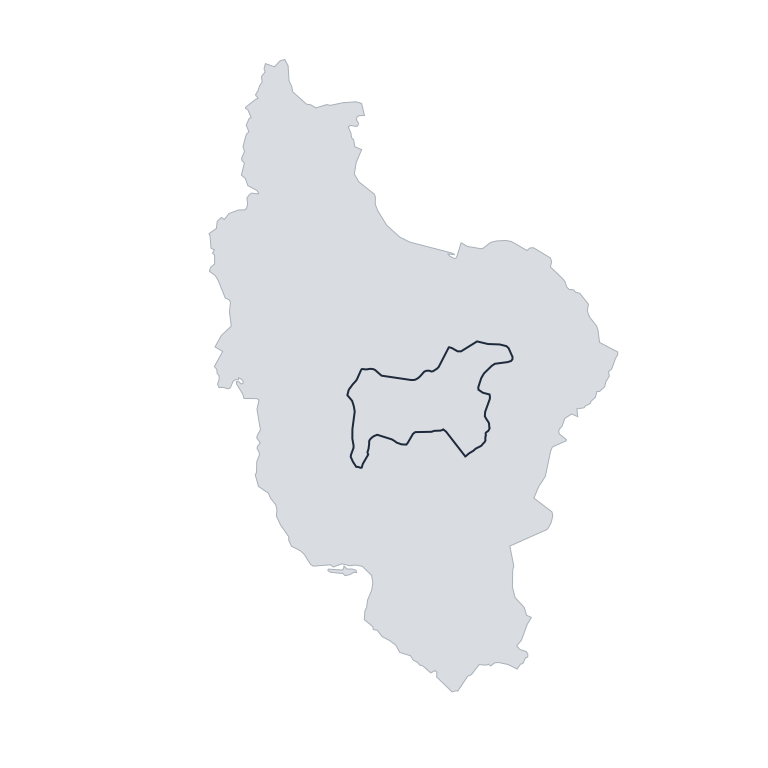 where Yazd sits in Iran, rotated 28°
{"feature_id": "IRN-3217", "entity_name": "Yazd", "entity_type": "Province", "adm_level": 1, "iso_a3": "IRN", "parent_name": "Iran", "parent_adm1": "", "projection": "natural_earth1", "projection_center": [55.694, 32.497], "detail": "fine", "context": "in_parent", "style": "outline", "palette": "slate", "viewbox_px": 768, "rotation_deg": 28, "n_neighbors": 0, "source": "natural_earth", "source_scale": "10m", "svg_char_len": 5304}
<svg xmlns="http://www.w3.org/2000/svg" viewBox="0 0 768 768"><g transform="rotate(28 384 384)"><path d="M385.8,223.1L393.1,223.4L406.4,218.9L407.6,217.9L411.7,208.9L416.3,204.8L424.3,200.0L429.5,198.4L447.6,199.0L449.0,195.4L452.0,193.5L471.7,194.6L474.7,197.4L475.9,202.5L492.4,207.2L495.7,208.7L499.8,212.6L503.1,213.6L507.3,211.8L510.0,213.0L514.3,212.0L527.1,217.6L528.9,223.4L531.2,226.0L534.1,228.4L544.3,232.9L547.3,235.5L554.8,246.1L575.3,246.0L576.6,248.3L576.4,252.8L578.0,263.7L576.5,267.7L579.2,271.3L578.9,278.1L580.1,282.8L577.8,289.4L575.5,290.7L576.9,296.6L574.9,302.2L575.2,304.4L572.0,309.1L571.9,311.0L566.0,315.4L570.4,321.9L563.9,322.3L559.8,329.3L561.0,337.5L560.0,341.8L560.7,344.2L562.4,345.8L571.2,347.5L571.5,348.6L562.2,360.6L562.7,365.3L569.8,389.7L568.8,401.9L569.9,414.4L592.4,418.1L595.0,421.3L596.7,428.3L596.7,433.5L596.1,436.1L571.2,468.0L584.2,484.0L584.8,487.5L592.7,503.0L600.1,511.1L612.6,515.4L618.5,521.3L623.7,521.0L623.3,528.9L625.6,545.5L624.1,553.0L628.5,554.6L635.3,553.5L637.8,554.9L639.1,557.7L637.5,559.2L637.8,565.7L636.1,567.1L635.4,573.2L625.3,573.4L615.9,576.1L612.5,578.4L610.6,582.8L607.5,582.4L606.5,584.1L599.8,587.1L597.6,599.6L595.1,602.7L593.3,620.6L591.8,620.9L588.6,623.9L568.1,618.0L566.0,613.7L563.8,613.0L560.9,617.1L550.6,614.7L547.1,615.4L545.0,614.1L539.5,614.1L535.1,611.5L523.9,613.6L517.1,609.1L509.8,607.9L500.9,607.9L493.6,604.6L489.8,605.9L488.0,603.5L477.2,601.3L473.7,593.3L473.5,589.3L470.9,582.3L470.0,572.2L467.5,564.8L462.9,558.8L450.5,555.2L444.0,557.1L439.2,560.5L431.3,562.5L425.2,569.3L421.6,568.8L407.1,578.0L404.0,577.8L393.2,571.7L388.3,570.5L378.5,570.7L373.1,566.6L371.7,563.6L358.9,557.1L351.0,551.1L348.7,545.6L345.2,541.5L337.6,538.2L333.2,534.7L321.3,533.4L313.0,524.7L312.9,521.8L308.1,512.2L307.3,505.2L306.2,503.3L302.1,500.4L301.5,498.6L302.4,494.1L297.0,491.4L296.3,489.2L296.4,482.4L283.7,466.0L281.2,456.9L278.8,456.5L267.2,462.5L263.9,459.1L253.9,453.3L252.5,451.2L255.1,450.1L257.6,451.1L259.1,449.9L258.6,447.9L256.0,446.7L252.6,446.8L253.5,448.6L250.2,450.4L249.5,452.7L250.1,459.4L248.8,461.4L243.4,462.5L240.0,464.6L237.1,462.2L236.2,457.2L234.4,454.1L231.6,452.9L229.6,449.7L226.0,448.1L226.3,431.0L217.4,430.6L217.6,417.5L222.0,404.6L213.7,392.9L210.1,384.0L207.9,382.3L203.5,382.6L189.1,370.5L184.0,367.4L177.0,366.5L176.2,362.3L178.1,357.6L174.9,351.5L173.9,349.7L171.1,349.0L171.3,345.1L167.6,345.4L160.8,334.8L158.9,333.3L163.0,325.3L160.4,318.8L162.2,313.3L165.8,313.6L167.1,306.2L173.8,298.7L179.5,295.5L180.1,293.2L179.1,289.1L175.6,284.1L176.3,279.8L177.5,277.6L183.5,275.3L183.8,274.4L181.0,272.8L170.7,272.8L165.2,267.7L160.0,266.5L157.2,255.3L156.3,254.0L153.8,253.6L152.3,251.5L151.7,244.1L148.2,240.8L145.5,229.9L145.4,227.2L146.4,224.8L140.8,220.1L140.3,212.8L141.6,211.1L135.1,205.8L132.2,205.6L131.9,204.7L136.8,193.4L138.7,190.8L134.8,189.1L135.0,183.5L134.1,178.8L134.6,174.4L132.1,171.2L131.5,169.3L132.6,164.4L130.1,162.0L128.9,156.8L138.4,155.3L140.5,147.4L144.0,144.1L149.8,147.9L157.8,160.8L162.7,164.5L166.3,168.9L184.2,173.3L188.1,171.9L194.2,172.2L202.2,164.2L205.8,163.2L215.2,155.3L226.7,148.0L232.5,146.8L240.7,156.1L235.8,158.9L234.9,161.2L235.4,163.5L239.2,165.9L239.6,168.5L238.3,169.8L233.2,171.2L231.8,173.8L237.1,178.1L239.6,181.7L242.5,182.6L247.0,188.3L254.2,187.5L255.4,201.2L259.2,212.5L266.8,217.3L286.6,221.0L288.7,223.2L291.9,229.4L296.9,233.8L312.2,242.7L329.0,246.9L340.3,246.6L381.9,236.6L385.8,236.6L379.5,239.1L381.9,240.2L387.2,240.2L388.4,239.2L388.6,237.5L385.8,223.1ZM445.9,564.3L443.4,568.3L439.6,571.5L436.7,570.6L425.1,575.4L422.1,575.1L421.7,573.6L434.4,567.9L435.0,566.4L434.2,563.5L438.3,564.7L442.8,562.3L446.6,561.6L448.4,563.3L445.9,564.3Z" fill="#d9dde1" stroke="#a8b0b8" stroke-width="1"/><path d="M377.9,377.8L406.2,367.7L409.0,366.1L410.5,364.2L411.6,362.2L412.4,359.8L413.7,354.3L415.1,352.5L417.7,351.0L419.8,350.8L421.3,349.7L423.6,345.6L424.3,343.3L424.0,321.2L424.5,320.9L426.9,320.4L433.7,320.6L436.7,319.0L446.2,302.7L457.0,299.9L467.5,294.8L474.2,293.1L477.1,293.8L484.8,299.8L485.8,301.9L485.4,304.0L482.9,306.6L472.4,314.1L470.6,317.4L467.3,327.7L467.1,333.2L468.8,342.7L470.1,344.7L475.4,345.3L482.1,343.7L483.3,345.2L484.4,347.3L486.4,361.1L488.2,365.2L490.5,366.6L491.1,367.1L492.8,367.9L495.1,369.3L497.3,372.8L498.0,373.3L498.1,375.9L497.9,376.9L497.2,378.1L496.8,379.3L497.0,380.0L497.4,380.7L498.2,381.7L498.2,382.6L499.0,384.5L500.1,386.3L500.1,388.1L499.5,389.9L499.2,391.6L498.8,393.1L495.3,398.0L494.3,400.9L491.6,405.4L490.2,409.1L489.8,409.8L461.1,396.9L457.6,396.3L457.1,397.2L455.8,398.6L450.3,401.8L448.4,403.9L434.2,411.8L433.0,414.4L432.6,424.7L432.2,427.0L427.7,429.1L422.6,429.8L420.4,429.4L417.0,429.2L401.9,432.0L399.5,434.8L398.3,437.3L397.7,439.6L397.7,441.3L399.2,444.3L400.8,448.6L401.4,451.9L402.3,453.0L403.2,453.7L402.8,464.3L403.1,466.2L403.5,467.5L403.5,468.4L402.6,469.0L399.9,469.4L399.6,469.6L398.4,470.2L393.0,467.2L388.8,463.9L388.1,462.0L387.1,454.8L386.0,452.6L381.7,447.1L377.3,438.7L371.1,422.1L367.7,417.7L363.7,413.8L356.9,411.1L355.7,406.2L355.7,404.0L356.0,403.2L356.5,399.2L357.7,394.6L357.9,392.5L357.2,382.4L357.4,381.3L358.5,380.6L360.4,380.0L362.2,379.0L363.4,378.0L365.0,376.9L367.6,375.9L369.5,375.8L377.9,377.8Z" fill="none" stroke="#1e293b" stroke-width="2"/></g></svg>